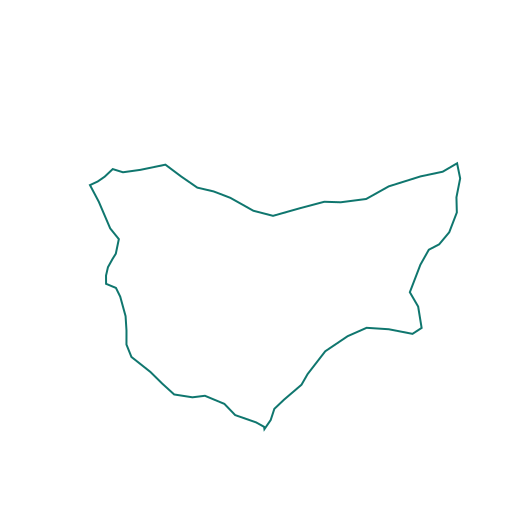 outline of Eda, Värmland, Sweden, rotated 21°
{"feature_id": "70781695B29968345732345", "entity_name": "Eda", "entity_type": "district", "adm_level": 2, "iso_a3": "SWE", "parent_name": "Sweden", "parent_adm1": "Värmland", "projection": "natural_earth1", "projection_center": [12.201, 59.829], "detail": "fine", "context": "isolated", "style": "outline", "palette": "teal", "viewbox_px": 512, "rotation_deg": 21, "n_neighbors": 0, "source": "geoboundaries", "source_scale": "gbopen_adm2", "svg_char_len": 951}
<svg xmlns="http://www.w3.org/2000/svg" viewBox="0 0 512 512"><g transform="rotate(21 256 256)"><path d="M325.9,414.6L328.5,403.9L327.9,392.1L333.7,380.0L344.6,359.9L346.5,347.7L354.8,320.1L370.3,298.0L385.0,283.4L406.2,276.8L430.0,272.6L436.4,263.8L425.5,245.1L412.6,234.7L412.6,205.2L415.1,188.2L422.8,179.5L427.9,164.6L427.9,143.4L422.1,129.4L418.8,110.4L410.5,97.4L400.1,110.4L381.1,122.7L355.0,143.4L338.4,163.3L315.8,175.5L300.3,180.9L280.1,195.5L257.5,212.4L237.3,214.7L211.2,210.9L193.3,210.9L176.7,213.2L157.7,208.6L138.7,203.2L117.2,217.0L101.8,225.5L91.1,226.2L86.3,236.2L81.5,243.2L75.6,249.3L89.8,261.7L110.0,282.5L121.9,289.4L124.3,304.1L123.1,310.3L121.8,319.5L123.0,328.0L126.0,335.7L136.7,336.0L143.8,342.6L155.8,358.9L161.8,372.0L166.8,385.1L175.9,394.9L199.0,402.1L214.1,408.7L229.2,414.6L247.3,410.7L258.4,404.8L279.5,405.4L293.6,412.0L315.7,411.3L324.8,412.6L325.9,414.6Z" fill="none" stroke="#0f766e" stroke-width="2"/></g></svg>